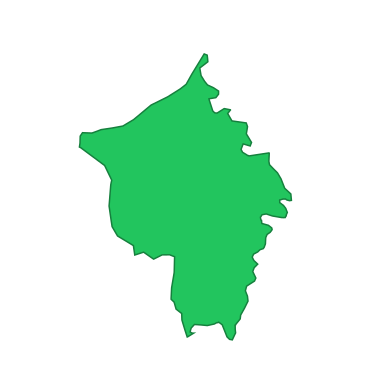 Boinsen, Bong, Liberia, rotated 308°
{"feature_id": "62588387B25170598917016", "entity_name": "Boinsen", "entity_type": "district", "adm_level": 2, "iso_a3": "LBR", "parent_name": "Liberia", "parent_adm1": "Bong", "projection": "natural_earth1", "projection_center": [-9.229, 6.691], "detail": "fine", "context": "isolated", "style": "filled", "palette": "green", "viewbox_px": 384, "rotation_deg": 308, "n_neighbors": 0, "source": "geoboundaries", "source_scale": "gbopen_adm2", "svg_char_len": 2703}
<svg xmlns="http://www.w3.org/2000/svg" viewBox="0 0 384 384"><g transform="rotate(308 192 192)"><path d="M308.3,116.6L284.9,119.3L273.3,121.1L266.1,119.3L261.6,117.7L251.9,114.2L236.3,106.7L235.2,106.2L216.7,102.2L213.0,101.4L201.4,96.9L198.6,94.4L193.4,89.8L185.2,82.0L181.7,79.9L176.9,76.9L176.0,75.7L171.3,69.2L167.2,69.5L161.5,73.7L158.1,75.6L158.4,77.1L159.1,106.8L158.4,108.3L151.9,121.5L149.7,122.5L147.6,123.6L129.9,135.3L120.0,145.6L115.5,150.4L111.5,160.4L112.1,165.4L112.8,171.1L113.7,178.8L107.1,185.7L114.8,190.9L115.4,202.1L115.5,203.1L124.1,207.2L128.8,213.1L129.8,216.6L130.3,218.1L118.6,226.8L117.3,227.7L104.0,234.9L95.5,240.9L94.6,241.6L94.2,245.7L89.9,251.6L89.9,258.7L84.9,262.9L78.7,271.7L74.8,277.5L75.3,277.8L81.8,280.2L81.1,279.3L80.8,278.3L80.5,276.7L82.0,276.0L84.3,275.1L89.1,275.5L89.7,276.4L90.9,278.1L91.2,278.6L91.4,278.9L92.7,280.8L96.2,286.3L101.8,290.9L104.4,292.0L104.9,292.8L105.8,293.1L105.9,294.1L106.0,297.5L101.7,304.9L99.4,308.8L99.0,312.3L100.3,314.8L105.5,313.6L107.8,313.1L110.4,310.6L113.0,308.5L113.5,307.9L114.1,308.2L115.0,308.0L119.4,308.1L121.7,308.1L125.0,306.1L132.8,304.9L140.5,303.3L144.1,299.8L145.2,297.9L147.0,294.9L151.4,293.0L154.1,293.9L156.6,294.8L160.3,296.1L163.5,295.3L165.4,291.5L166.4,289.5L166.8,288.8L170.7,287.6L172.9,287.9L174.9,288.1L175.6,288.2L176.1,283.0L177.6,279.8L178.3,279.4L181.0,278.8L185.3,280.7L188.4,281.1L191.2,283.0L192.9,282.9L196.3,281.8L201.4,278.2L204.8,277.3L208.3,278.4L210.9,278.4L211.8,278.2L212.8,276.9L212.8,272.7L210.2,266.4L210.8,265.8L212.5,264.2L212.4,263.4L214.3,261.4L215.4,261.4L217.2,261.2L220.4,264.0L222.6,270.1L227.0,278.3L228.3,280.1L229.3,281.2L230.6,280.8L231.2,281.0L232.0,280.4L234.6,279.7L235.9,277.4L236.8,276.0L237.7,272.5L237.7,268.4L237.6,267.7L238.5,267.0L239.3,266.3L239.7,266.0L240.3,266.5L240.5,266.7L242.6,268.1L243.0,268.9L244.0,269.8L244.1,271.6L245.2,274.2L246.6,275.5L247.8,274.4L248.3,273.9L249.7,272.6L251.3,271.1L252.0,262.8L256.3,255.5L257.1,254.2L259.7,247.6L260.4,242.0L261.2,236.4L261.9,235.5L263.5,233.7L266.3,231.7L270.1,229.0L270.2,228.8L270.2,228.6L255.5,214.7L255.5,214.1L255.1,213.7L254.9,211.4L254.4,207.3L254.8,206.6L255.8,204.4L261.4,202.7L263.2,207.3L264.1,209.5L266.0,208.9L267.7,208.4L268.3,206.8L271.3,199.0L274.6,197.2L277.7,195.5L279.8,192.2L272.6,179.7L273.3,178.0L275.8,171.8L277.0,171.8L280.3,171.8L280.4,171.6L277.6,166.1L277.2,165.9L269.7,163.2L268.4,161.3L268.5,159.6L268.7,158.4L275.2,148.8L275.9,148.0L278.3,150.2L280.9,152.6L281.1,152.7L285.4,152.7L287.9,150.8L287.4,144.9L285.9,138.3L287.0,133.7L289.3,127.5L294.5,121.8L303.6,124.1L304.4,124.3L307.1,121.8L309.2,119.7L308.3,116.6Z" fill="#22c55e" stroke="#15803d" stroke-width="1.5"/></g></svg>